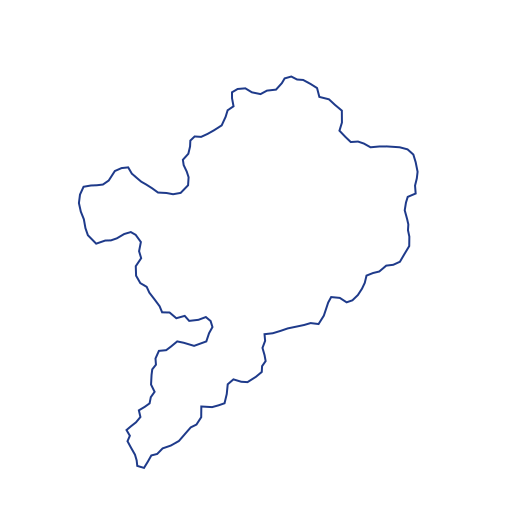 outline of Venda Nova do Imigrante, Espírito Santo, Brazil, rotated 71°
{"feature_id": "56859067B87905446855481", "entity_name": "Venda Nova do Imigrante", "entity_type": "district", "adm_level": 2, "iso_a3": "BRA", "parent_name": "Brazil", "parent_adm1": "Espírito Santo", "projection": "albers", "projection_center": [-41.134, -20.372], "detail": "fine", "context": "isolated", "style": "outline", "palette": "blue", "viewbox_px": 512, "rotation_deg": 71, "n_neighbors": 0, "source": "geoboundaries", "source_scale": "gbopen_adm2", "svg_char_len": 2437}
<svg xmlns="http://www.w3.org/2000/svg" viewBox="0 0 512 512"><g transform="rotate(71 256 256)"><path d="M204.5,78.0L200.0,84.7L197.3,91.1L195.0,96.6L192.6,103.7L190.5,112.3L184.8,117.4L181.0,122.3L179.1,129.3L172.7,132.6L164.7,136.3L157.8,131.3L146.5,127.5L138.7,132.2L131.6,136.0L126.2,144.3L117.1,143.6L111.1,148.4L104.9,154.1L102.5,159.7L97.8,164.2L97.4,171.1L101.0,175.3L105.2,182.9L103.2,191.8L104.4,199.0L99.9,206.6L94.0,211.5L92.1,219.0L93.4,225.4L99.0,227.3L107.1,228.5L109.0,235.4L114.5,239.4L121.3,245.9L123.4,254.5L124.8,262.1L125.5,269.1L123.0,275.1L125.5,280.5L131.0,282.7L137.3,286.7L141.2,293.8L146.5,294.8L153.7,294.0L159.6,294.1L167.0,297.2L171.8,306.7L170.6,314.3L167.3,320.1L164.1,328.0L158.1,332.2L152.6,336.6L148.4,340.3L143.7,343.1L137.7,346.6L130.6,348.0L129.1,354.5L129.7,361.8L136.7,370.7L138.6,377.5L137.3,383.4L135.6,389.1L134.4,396.5L140.6,402.4L148.3,406.2L157.0,407.2L165.2,406.8L174.1,408.2L181.6,408.2L192.3,403.1L192.3,393.5L194.0,388.1L194.0,381.8L192.3,373.5L192.6,366.6L196.8,362.9L205.3,360.3L213.4,365.0L220.7,365.3L226.5,373.0L235.6,375.8L244.0,374.2L249.6,369.4L255.9,368.8L264.2,366.0L272.1,363.5L278.7,363.1L281.3,356.1L288.9,351.6L289.4,342.9L295.6,340.3L297.6,331.2L297.4,323.3L302.7,320.1L309.0,320.3L313.7,325.5L320.6,330.8L320.8,343.8L314.5,352.6L311.1,358.3L314.0,366.0L315.8,371.6L314.1,378.7L320.2,384.4L326.2,386.0L329.4,391.0L334.5,393.5L343.4,397.1L351.4,396.1L355.2,401.4L360.7,404.6L362.4,410.3L363.8,417.0L370.6,417.7L374.2,423.6L376.3,429.7L378.4,435.1L384.9,433.8L389.3,437.8L396.5,436.6L404.5,435.1L410.5,435.4L415.8,436.6L419.9,430.9L415.3,425.3L410.5,419.9L411.0,413.9L407.5,406.9L407.5,398.3L405.8,389.1L400.7,380.3L396.8,373.5L396.0,367.2L390.6,360.3L380.5,356.7L384.6,346.7L385.0,340.1L385.0,333.7L377.0,328.6L368.1,324.5L365.3,317.5L370.1,310.9L372.5,305.1L370.2,295.4L367.5,288.3L362.1,286.1L358.5,281.1L352.6,280.2L345.0,279.8L339.2,275.0L332.7,273.4L334.5,265.3L334.8,257.0L334.8,249.5L336.0,240.2L336.9,232.9L337.2,226.2L340.7,219.0L334.5,211.3L328.9,207.0L323.5,202.9L319.3,198.3L322.9,190.4L329.3,185.4L329.3,179.3L326.1,172.4L321.4,166.4L316.8,161.9L310.5,157.9L310.2,150.8L310.8,144.5L307.5,136.0L309.0,129.1L308.3,121.8L302.8,115.4L296.5,107.9L287.6,104.7L281.1,103.9L275.8,101.7L270.4,101.1L261.2,100.5L254.3,96.8L249.5,93.3L248.9,84.7L241.2,82.7L235.0,78.7L229.0,75.8L219.3,74.5L211.3,74.2L204.5,78.0Z" fill="none" stroke="#1e3a8a" stroke-width="2"/></g></svg>